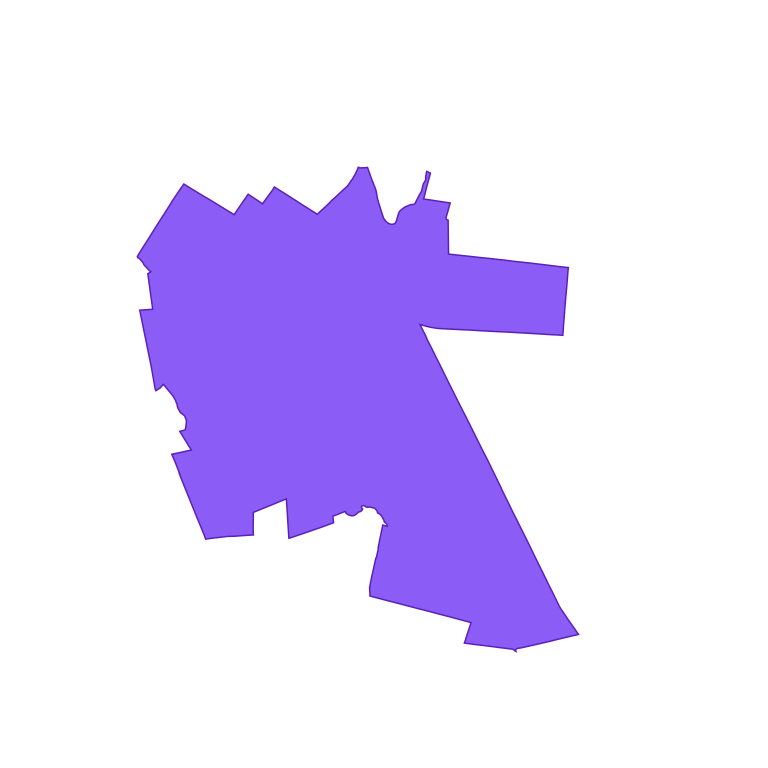 Albesti-Paleologu, Prahova, Romania, rotated 23°
{"feature_id": "2599482B19983322409894", "entity_name": "Albesti-Paleologu", "entity_type": "district", "adm_level": 2, "iso_a3": "ROU", "parent_name": "Romania", "parent_adm1": "Prahova", "projection": "equal_earth", "projection_center": [26.24, 44.93], "detail": "fine", "context": "isolated", "style": "filled", "palette": "violet", "viewbox_px": 768, "rotation_deg": 23, "n_neighbors": 0, "source": "geoboundaries", "source_scale": "gbopen_adm2", "svg_char_len": 6098}
<svg xmlns="http://www.w3.org/2000/svg" viewBox="0 0 768 768"><g transform="rotate(23 384 384)"><path d="M660.9,538.5L659.7,537.8L657.4,536.3L644.9,528.5L638.4,524.2L635.3,522.3L632.9,520.6L632.1,520.0L620.3,509.7L615.9,506.0L612.8,503.4L610.5,501.3L606.4,497.8L604.3,495.9L595.8,488.7L595.2,488.1L590.9,484.4L582.6,477.2L578.2,473.3L570.9,467.1L563.2,460.5L561.6,459.2L559.4,457.2L556.3,454.7L551.2,450.3L545.6,445.4L537.9,438.8L533.9,435.3L531.8,433.3L509.9,414.2L499.8,405.8L478.5,387.5L462.4,374.0L445.5,359.6L435.6,351.1L430.8,346.9L425.4,342.3L421.7,339.2L416.6,334.8L411.3,330.3L406.3,326.1L403.6,323.4L393.9,315.2L401.3,314.2L404.6,313.6L410.1,312.3L413.4,311.3L438.0,302.3L441.0,301.1L446.8,299.1L456.3,295.7L458.2,295.0L467.1,291.8L474.5,289.0L504.6,278.2L512.0,275.6L519.4,273.0L524.7,271.0L529.6,269.3L529.3,268.5L529.2,268.2L527.7,263.7L526.8,261.3L523.9,252.5L519.7,240.1L518.5,236.4L514.0,222.4L511.1,213.7L509.0,207.5L508.2,204.8L498.9,207.6L483.2,212.1L476.7,214.0L471.5,215.5L455.0,220.5L453.3,221.0L445.7,223.1L438.6,225.3L434.4,226.5L431.1,227.5L424.1,229.7L392.6,239.2L392.4,238.6L379.0,208.1L377.7,208.2L376.6,207.6L376.4,207.3L376.1,206.4L374.2,191.5L348.1,198.2L348.0,196.5L347.2,191.4L346.2,185.2L344.4,171.8L340.3,171.5L340.3,172.1L340.4,172.6L340.6,173.2L340.7,173.9L341.0,175.0L341.1,176.1L341.3,176.7L341.5,177.2L341.6,177.6L342.3,179.0L342.4,179.5L342.5,180.1L342.5,180.7L342.4,181.4L342.5,181.9L342.2,182.8L342.0,183.8L342.1,184.6L342.3,186.6L342.9,189.8L343.2,192.0L342.6,196.4L342.1,204.5L342.0,205.8L341.8,206.4L340.8,207.2L339.4,208.0L338.5,208.4L336.4,210.5L335.5,211.5L334.1,212.9L333.6,213.7L332.2,216.1L331.4,217.7L331.0,218.7L330.8,219.5L330.8,221.3L330.9,222.5L331.2,225.4L331.3,226.3L331.7,228.8L331.7,229.5L331.6,230.6L331.6,231.3L331.3,231.9L330.9,232.5L330.5,232.9L329.9,233.3L329.0,233.8L328.1,234.2L326.3,234.4L325.6,234.4L325.1,234.4L324.4,234.2L322.8,233.7L322.1,233.4L321.4,233.0L319.9,232.2L319.2,231.8L317.1,229.6L309.3,220.5L305.7,216.1L303.8,213.2L301.9,210.2L300.5,208.3L299.6,207.4L298.5,206.1L297.4,205.2L295.6,203.2L293.9,201.6L291.8,199.4L284.2,191.1L283.0,191.8L281.4,192.7L277.5,194.4L276.5,194.5L275.6,194.5L275.7,195.5L275.7,196.4L275.6,196.8L275.7,197.9L275.6,200.6L275.5,202.3L274.8,208.0L274.7,208.2L274.5,209.3L274.4,209.3L274.1,210.9L273.2,215.2L273.0,216.0L271.6,219.1L269.5,223.7L268.1,226.9L267.3,228.8L267.2,228.9L266.4,230.7L264.9,234.0L264.6,234.5L263.7,236.5L263.0,238.7L262.2,240.5L261.2,242.8L260.1,245.3L258.1,249.7L256.2,253.9L253.9,253.4L241.4,251.4L238.7,250.9L216.3,247.1L210.9,246.3L207.6,245.7L206.1,245.5L205.9,246.4L205.8,248.3L204.9,252.0L203.4,258.4L201.7,265.6L197.5,264.7L188.0,263.0L184.8,262.4L181.9,276.5L180.6,283.0L180.0,286.7L166.5,284.7L153.2,282.7L149.8,282.2L146.4,281.9L144.7,281.6L128.2,279.2L126.0,278.8L121.6,278.1L120.2,284.7L117.4,299.1L116.9,302.9L115.1,314.0L114.7,316.0L112.2,331.0L110.7,340.6L109.7,346.8L108.7,352.3L108.4,354.4L107.7,358.9L107.1,363.0L108.1,364.0L109.2,364.0L109.8,364.1L110.7,364.5L112.4,365.3L113.7,366.0L114.5,366.4L114.9,366.7L115.4,367.1L116.4,368.0L117.6,368.6L119.1,369.2L123.6,371.3L125.5,371.8L125.4,372.0L123.5,374.8L141.9,405.6L130.3,411.5L156.8,450.0L159.5,453.9L162.8,458.7L170.8,471.0L175.3,478.0L176.6,479.3L177.1,478.6L178.3,476.9L179.3,475.5L180.1,473.4L180.4,472.3L181.0,470.6L183.3,471.6L184.5,472.3L185.3,472.8L192.3,476.3L193.9,477.2L194.9,477.8L198.4,480.5L200.6,482.9L201.0,483.2L201.5,483.6L202.4,485.2L203.8,486.8L205.7,488.3L207.2,489.5L208.2,490.0L209.1,490.2L210.6,490.5L212.2,491.0L213.1,491.4L213.7,492.0L214.4,492.7L216.3,494.7L216.5,495.1L217.3,497.3L217.7,498.7L218.6,502.0L218.9,503.8L217.5,505.1L214.5,507.4L232.4,520.1L216.1,531.6L222.4,537.6L231.0,546.5L230.7,546.6L233.6,549.6L252.7,568.7L264.3,580.3L269.1,585.0L278.1,593.9L280.4,596.5L285.8,593.2L288.4,591.7L289.8,591.0L298.9,585.8L301.1,584.7L303.8,583.5L306.0,582.5L310.0,580.4L314.3,578.2L322.5,574.1L322.8,574.0L322.0,572.5L320.8,569.9L319.7,567.4L318.7,565.0L315.2,556.4L313.9,553.2L330.3,536.7L334.1,532.8L339.0,527.9L340.0,529.9L343.1,536.0L352.7,555.2L356.1,562.0L356.6,563.0L356.8,563.2L367.5,553.7L371.7,549.9L382.0,540.6L391.8,531.4L388.6,525.7L398.1,516.4L398.6,516.8L399.0,517.4L399.3,517.6L399.6,517.8L400.3,518.0L401.0,518.1L401.7,518.2L402.2,518.4L402.8,518.4L404.2,518.3L404.9,518.1L406.1,517.8L406.7,517.5L407.2,517.2L407.6,516.9L408.4,516.1L409.0,515.1L410.3,512.6L410.6,511.9L410.9,511.6L411.5,511.1L411.8,511.0L412.1,510.6L412.6,510.0L413.0,509.1L413.2,507.9L413.2,507.4L412.9,507.1L411.8,506.9L411.6,506.6L411.3,505.8L411.3,505.5L411.2,505.1L411.3,504.8L411.4,504.6L412.6,504.0L413.5,503.8L414.4,503.9L415.5,504.2L415.9,504.2L416.4,504.1L416.8,504.0L417.3,503.8L417.8,503.4L418.9,502.8L419.3,502.7L420.1,502.5L421.1,502.5L422.4,502.2L423.8,502.1L424.5,502.2L424.9,502.3L425.4,502.5L426.4,503.2L427.2,503.7L428.0,504.3L428.2,504.9L428.3,505.1L428.5,505.2L428.8,505.3L429.6,505.2L429.9,505.2L430.2,505.3L431.3,505.6L432.1,505.9L433.0,506.3L433.5,506.6L434.6,507.4L437.4,509.7L437.8,510.3L437.9,510.6L438.1,510.8L438.4,510.9L439.6,511.2L440.2,511.4L440.8,511.6L441.3,511.9L441.8,512.2L442.0,512.5L442.2,512.9L442.4,513.7L438.0,514.3L439.1,519.9L440.0,524.2L441.0,529.5L441.7,532.7L442.6,537.1L442.8,537.6L443.1,537.8L443.2,538.1L443.3,538.6L443.4,539.7L443.7,541.0L444.2,543.8L444.5,545.2L444.8,546.5L444.8,547.0L444.7,547.1L444.5,547.4L447.2,561.9L448.7,569.7L449.6,573.9L450.0,575.5L450.2,576.9L453.2,583.0L454.0,584.7L473.0,581.9L479.4,580.9L485.6,580.0L489.2,579.5L502.0,577.6L518.6,575.1L523.6,574.4L527.7,573.8L535.0,572.7L551.7,570.4L557.3,569.6L557.4,570.4L557.7,573.1L557.8,574.9L558.3,580.9L558.8,586.3L559.0,587.7L559.2,591.1L571.5,587.7L576.8,586.1L581.4,584.8L604.2,578.4L605.3,578.0L605.8,577.9L606.4,577.9L607.1,577.9L609.3,578.6L609.9,578.6L609.5,578.2L609.3,577.8L609.2,577.2L609.3,576.5L609.7,575.7L610.2,575.2L611.2,574.6L612.7,573.6L613.2,573.4L620.7,568.0L622.9,566.5L625.0,564.9L628.8,562.2L634.9,557.7L638.2,555.4L640.7,553.4L645.4,549.9L656.8,541.5L658.3,540.5L660.9,538.5Z" fill="#8b5cf6" stroke="#5b21b6" stroke-width="1.5"/></g></svg>